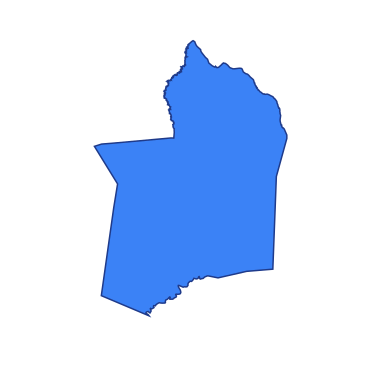 Siavonga, Southern, Zambia, rotated 298°
{"feature_id": "96606910B78484131600253", "entity_name": "Siavonga", "entity_type": "district", "adm_level": 2, "iso_a3": "ZMB", "parent_name": "Zambia", "parent_adm1": "Southern", "projection": "natural_earth1", "projection_center": [28.625, -16.409], "detail": "fine", "context": "isolated", "style": "filled", "palette": "blue", "viewbox_px": 384, "rotation_deg": 298, "n_neighbors": 0, "source": "geoboundaries", "source_scale": "gbopen_adm2", "svg_char_len": 6001}
<svg xmlns="http://www.w3.org/2000/svg" viewBox="0 0 384 384"><g transform="rotate(298 192 192)"><path d="M57.9,160.6L62.5,212.2L63.2,210.7L63.3,208.7L63.4,208.3L63.8,208.0L64.3,208.0L65.0,208.4L65.9,209.3L65.5,211.3L65.5,211.7L67.5,211.8L68.3,211.3L69.3,210.0L69.8,210.1L69.7,211.0L70.0,211.4L71.8,212.6L72.1,212.7L72.7,211.8L73.6,211.5L74.0,212.2L74.3,213.1L74.6,213.2L75.0,213.0L76.0,213.3L78.2,214.5L79.0,215.3L79.1,216.0L79.9,217.9L81.3,220.3L82.0,220.4L82.6,219.9L84.2,219.5L85.9,220.7L88.8,221.5L88.9,222.0L88.6,222.3L88.4,222.3L88.2,221.7L87.4,222.0L87.0,222.5L87.0,223.0L87.3,223.4L88.2,225.1L89.1,225.8L90.3,226.1L91.5,227.2L92.7,227.2L93.1,226.8L93.6,225.8L94.0,225.7L94.4,226.0L95.0,227.5L96.2,229.1L96.9,229.4L98.0,229.3L99.0,228.6L100.0,227.6L101.5,225.0L102.6,223.9L103.1,223.8L103.4,224.3L103.8,228.8L105.0,230.1L105.1,230.7L105.9,232.0L107.6,232.3L109.2,231.5L110.3,231.5L112.2,232.2L112.5,232.5L112.8,233.5L113.1,233.7L115.1,234.2L116.7,234.2L117.2,236.5L118.1,237.6L118.8,237.9L120.3,237.7L120.7,238.0L120.3,238.6L119.3,239.3L119.0,240.0L119.1,240.4L120.0,241.2L120.9,242.4L122.9,243.1L125.1,244.9L125.6,245.9L128.4,255.3L147.6,277.5L161.8,299.6L245.3,259.2L283.8,250.6L286.8,249.0L290.9,243.9L291.4,242.6L291.2,242.4L291.5,241.1L292.9,239.9L292.6,239.8L293.1,239.1L295.8,236.7L297.0,235.9L301.1,234.4L302.9,232.7L303.7,232.3L304.4,231.6L305.1,231.4L306.6,230.4L306.8,230.0L306.7,229.4L307.1,229.2L307.2,229.3L307.3,229.1L307.2,228.8L308.4,227.5L309.4,226.7L310.3,225.5L311.8,224.3L312.7,222.5L313.3,221.0L313.2,220.6L314.1,218.7L314.0,216.7L314.0,214.1L313.8,212.6L312.5,210.6L312.5,209.7L312.2,209.6L312.0,208.2L312.5,205.9L312.4,205.2L313.2,203.2L313.0,202.7L313.5,202.3L314.0,200.7L314.4,200.6L314.2,200.3L314.5,199.9L314.8,199.5L315.0,199.7L315.7,198.7L315.7,198.2L316.7,196.9L317.1,196.7L317.3,196.2L317.6,196.2L317.6,195.8L319.8,193.7L320.1,193.0L320.9,189.4L321.7,187.4L322.1,185.7L321.7,183.9L322.1,180.9L323.9,178.8L324.3,178.0L324.2,177.1L323.4,175.5L320.7,171.6L320.0,170.3L319.6,167.4L319.7,166.7L320.8,163.9L321.2,161.4L321.1,160.5L320.6,159.7L320.7,159.2L319.8,158.7L317.9,158.2L314.5,156.9L313.5,155.6L314.0,153.8L313.4,153.9L313.0,153.5L312.9,150.7L313.8,146.3L316.5,143.4L317.2,140.6L319.4,135.6L320.4,133.8L321.8,132.7L322.9,128.1L323.9,126.3L326.0,123.8L326.1,121.9L324.4,120.9L323.5,120.7L320.7,119.5L320.4,120.0L319.9,119.4L318.6,120.1L318.4,119.7L317.7,119.4L317.8,120.3L317.1,121.1L316.6,120.8L316.3,120.1L316.1,120.1L316.1,119.9L316.5,120.0L316.3,119.6L316.1,119.4L315.5,119.4L315.6,119.7L315.2,119.7L315.1,120.2L314.9,120.4L313.7,120.3L313.7,120.6L313.4,120.4L313.1,120.9L312.7,120.9L312.3,121.6L311.9,120.9L312.2,120.2L311.8,120.3L311.7,120.7L311.4,121.0L311.7,121.4L310.7,122.0L310.0,122.6L309.7,122.6L309.7,123.2L309.6,122.9L309.2,123.1L309.2,123.5L308.6,123.5L308.7,123.9L308.1,123.4L308.3,122.7L307.6,122.8L307.2,123.2L306.9,123.0L306.3,123.8L305.0,123.8L304.1,124.6L303.4,124.6L303.1,125.0L301.3,126.0L301.1,126.3L301.4,126.3L301.2,126.6L300.8,126.2L300.9,125.7L300.4,125.8L300.0,126.3L299.7,126.3L299.4,125.6L299.3,125.9L299.1,126.0L298.9,125.2L298.3,124.8L298.0,124.4L297.6,124.6L297.5,124.1L297.2,124.6L297.0,124.0L296.8,124.4L297.0,124.9L296.6,125.0L296.1,124.9L296.0,125.6L295.8,125.5L295.7,125.2L295.0,125.3L294.8,124.9L294.5,124.9L294.4,124.7L294.6,124.4L294.4,124.4L294.2,124.6L294.2,125.0L293.7,125.4L293.6,125.6L293.8,125.7L293.5,126.0L293.3,125.5L292.8,125.7L292.8,125.4L292.5,125.4L292.6,125.0L292.8,125.1L292.6,124.7L292.2,125.2L291.8,125.2L291.7,125.0L291.9,124.9L291.8,124.3L291.5,124.4L291.2,124.2L291.0,124.4L290.9,123.7L290.8,124.0L290.5,123.3L289.8,123.1L289.5,123.7L289.0,123.8L288.6,123.5L288.1,123.5L288.0,123.1L287.9,123.7L287.7,123.6L287.5,122.8L287.6,122.7L287.8,123.1L287.9,122.8L287.4,122.4L287.6,122.1L287.2,122.1L287.1,121.5L286.7,121.4L286.0,121.4L286.0,121.1L285.5,120.9L285.0,121.1L284.6,121.6L284.2,121.3L283.7,121.4L283.7,121.2L284.2,120.8L283.3,120.8L283.3,120.5L282.3,120.8L281.7,120.5L281.2,121.0L281.2,120.7L280.6,120.7L280.8,120.3L280.1,120.0L279.8,119.5L279.4,119.3L279.0,119.4L279.0,118.8L278.8,118.6L279.1,118.4L278.5,118.1L278.7,118.5L278.4,118.8L278.3,118.6L278.1,118.6L278.2,118.4L277.9,118.4L278.1,118.9L277.8,119.3L277.4,119.4L277.3,119.9L277.0,119.6L276.5,120.1L276.5,120.4L276.1,120.5L275.7,120.8L275.4,120.7L275.2,121.1L274.2,120.9L274.5,120.6L274.2,120.4L273.7,120.4L273.7,120.0L273.1,119.6L272.9,119.9L272.2,119.9L271.9,120.3L271.4,120.0L270.8,120.2L269.9,121.2L269.4,121.0L268.8,120.2L268.8,119.9L268.6,119.9L268.6,120.7L268.0,120.4L267.9,120.6L267.4,120.8L267.3,121.1L267.2,120.8L267.1,121.0L267.2,121.4L267.1,121.7L266.5,121.6L266.2,122.2L265.2,122.5L265.3,121.7L264.2,122.3L263.8,122.1L263.6,122.4L263.4,122.3L263.2,122.9L262.2,123.1L262.1,123.8L262.4,123.9L262.3,124.1L262.0,124.0L262.2,124.9L262.1,125.5L261.9,125.4L261.5,126.2L261.1,126.2L261.0,126.5L261.2,126.4L261.3,126.6L261.1,126.9L260.9,127.0L260.7,127.5L260.6,127.2L260.5,127.5L260.2,127.6L259.7,128.3L259.8,128.7L259.6,129.0L259.1,129.1L259.0,128.9L258.7,129.2L258.9,129.4L258.6,129.7L257.9,129.5L257.9,130.4L258.1,130.4L258.0,130.2L258.3,130.3L258.0,130.6L257.7,130.6L257.7,131.2L257.1,132.3L256.9,132.4L256.7,132.6L257.0,133.0L256.3,133.1L256.1,133.6L255.2,133.6L255.0,133.1L254.8,132.7L254.8,133.5L254.7,133.9L254.2,132.9L253.6,133.5L253.3,133.1L252.9,133.9L252.3,134.1L251.3,135.5L251.0,135.3L251.2,135.0L250.6,135.3L250.8,136.0L251.1,135.8L251.1,136.1L250.3,136.9L250.2,137.4L249.7,137.7L249.4,137.7L248.6,137.8L248.6,138.3L248.8,138.4L248.5,138.7L247.7,138.5L247.5,138.8L247.0,138.8L246.6,139.3L246.3,139.2L245.9,139.2L245.8,140.1L245.4,140.4L245.8,141.4L245.8,141.8L245.6,141.8L245.2,142.2L245.2,142.7L245.0,142.9L245.1,143.1L244.8,143.4L244.7,143.1L243.5,144.0L242.6,143.4L242.3,143.5L241.7,144.2L240.7,144.6L240.7,144.8L239.9,145.5L239.5,146.7L238.7,146.9L236.2,148.4L231.1,150.6L229.8,148.0L197.3,98.2L191.9,89.7L186.5,84.4L164.2,122.5L141.3,130.3L57.9,160.6Z" fill="#3b82f6" stroke="#1e3a8a" stroke-width="1.5"/></g></svg>